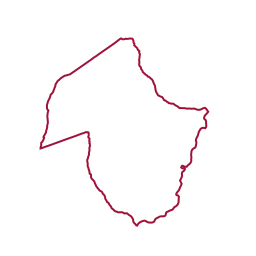 Ivinhema, Mato Grosso do Sul, Brazil, rotated 35°
{"feature_id": "56859067B50852199945067", "entity_name": "Ivinhema", "entity_type": "district", "adm_level": 2, "iso_a3": "BRA", "parent_name": "Brazil", "parent_adm1": "Mato Grosso do Sul", "projection": "equal_earth", "projection_center": [-53.771, -22.36], "detail": "fine", "context": "isolated", "style": "outline", "palette": "rose", "viewbox_px": 256, "rotation_deg": 35, "n_neighbors": 0, "source": "geoboundaries", "source_scale": "gbopen_adm2", "svg_char_len": 5112}
<svg xmlns="http://www.w3.org/2000/svg" viewBox="0 0 256 256"><g transform="rotate(35 128 128)"><path d="M75.0,56.1L74.1,57.2L73.3,58.1L72.4,58.5L70.9,58.6L70.2,60.1L69.7,61.9L68.8,64.8L67.9,67.5L65.3,74.6L62.7,81.6L61.4,85.3L60.8,87.1L60.1,88.7L57.4,96.4L57.0,97.5L54.9,103.2L52.3,110.3L49.8,117.0L49.1,118.1L48.3,119.0L47.3,120.3L46.3,121.3L45.6,122.7L44.9,124.6L44.5,125.5L44.2,126.6L44.1,127.8L43.7,128.7L43.4,130.4L43.6,132.2L43.6,133.9L44.3,135.0L44.6,136.1L44.9,137.7L45.3,138.7L45.5,140.0L46.0,141.4L46.0,142.5L45.8,143.8L45.6,145.3L46.2,146.8L46.5,147.7L46.8,149.5L47.0,150.8L47.2,152.3L47.8,153.6L48.2,155.1L49.1,156.7L50.0,157.8L50.8,158.8L51.8,159.1L52.8,159.4L53.2,160.8L53.8,162.2L54.5,163.3L54.9,164.2L55.8,165.5L56.8,166.4L57.4,167.3L58.2,168.2L59.2,169.4L59.7,170.5L60.2,171.7L60.8,173.1L61.6,174.0L62.0,175.4L62.4,176.7L62.8,177.7L63.4,178.8L63.5,180.2L63.7,181.6L63.7,182.7L64.0,184.0L64.9,184.1L65.3,185.5L65.6,187.3L65.7,188.4L65.4,189.9L66.3,191.2L67.1,192.5L67.5,194.0L68.1,194.9L68.7,194.1L69.3,193.3L70.2,192.0L70.8,191.1L71.6,190.1L74.3,186.3L76.7,182.9L78.1,180.9L83.7,172.9L85.4,170.5L89.2,165.2L91.1,162.4L92.6,160.2L93.5,158.9L94.2,158.1L95.9,155.5L96.8,155.2L97.5,154.4L98.5,154.5L99.5,155.8L100.2,156.9L100.6,158.2L101.4,158.5L102.4,158.7L103.0,159.4L103.6,160.8L104.6,161.3L104.9,162.5L105.8,162.9L106.4,163.7L107.2,164.5L107.4,165.5L107.9,166.6L108.6,167.6L109.5,168.6L110.0,170.4L111.2,172.0L111.8,173.7L112.1,174.9L112.6,176.0L112.9,177.6L114.0,178.9L115.2,180.0L116.0,181.1L116.7,182.3L118.1,183.2L119.1,184.0L119.9,184.7L120.9,185.4L121.8,186.2L122.4,187.1L123.2,187.5L124.2,187.3L125.1,188.2L125.9,189.5L126.8,190.1L128.0,190.5L129.4,190.7L130.2,190.9L131.3,191.2L132.2,192.0L133.1,192.6L133.9,192.9L134.8,193.6L135.7,194.0L136.9,194.4L137.6,194.7L138.5,194.8L139.9,195.3L141.0,195.5L142.0,195.3L142.9,195.3L143.7,195.4L144.5,195.9L145.2,196.4L146.0,196.3L147.2,196.7L148.2,197.2L149.0,197.9L150.0,199.0L150.9,199.4L151.7,199.7L152.7,200.2L153.5,200.7L154.5,200.5L155.6,200.7L156.5,201.4L157.9,201.8L158.9,202.0L159.7,202.5L160.6,203.1L161.6,203.1L162.9,203.2L164.4,203.6L165.8,203.4L166.9,202.9L167.8,202.9L168.9,202.3L170.1,201.4L170.9,200.8L171.8,200.3L172.7,200.1L173.8,200.2L174.9,199.4L175.9,198.5L177.0,198.5L178.5,198.7L180.0,198.6L181.4,198.6L182.5,199.0L183.6,199.5L184.8,200.1L185.8,201.4L187.0,202.1L188.0,202.4L189.0,202.4L189.9,202.8L190.7,203.0L191.5,202.7L191.3,201.5L191.4,200.1L191.8,198.4L192.5,197.2L193.1,196.2L193.9,195.2L194.7,194.4L195.5,194.1L196.3,194.0L197.1,194.0L198.0,193.9L199.0,193.6L200.0,193.0L201.1,192.3L202.0,191.6L203.0,190.2L203.0,188.8L202.7,187.6L202.8,186.4L203.8,184.3L204.3,183.4L204.8,182.4L205.6,181.5L207.0,180.5L208.0,179.7L208.7,178.8L208.7,177.7L208.4,176.7L207.9,175.9L207.9,174.8L208.4,173.9L209.1,172.7L209.6,171.7L210.3,170.7L211.3,169.4L211.3,168.0L211.4,166.2L212.0,164.9L212.4,163.8L212.6,162.2L212.4,161.1L212.1,160.0L211.4,158.9L210.9,158.0L210.2,157.0L209.6,156.0L209.0,155.0L207.7,154.6L206.3,155.1L205.4,154.6L205.1,153.0L205.3,151.1L205.4,149.4L204.9,147.9L204.6,146.3L204.5,144.9L203.9,142.9L200.8,141.2L200.2,137.5L199.8,136.2L199.2,135.5L198.3,134.6L197.8,133.2L198.0,132.0L198.4,131.0L198.4,129.5L197.9,128.7L197.1,128.7L196.4,129.4L195.5,129.9L194.2,129.8L193.9,128.3L194.5,127.5L195.5,127.4L196.4,127.3L198.3,126.1L198.4,124.4L198.8,123.1L199.1,121.8L199.2,120.7L198.9,118.9L198.1,117.9L197.5,117.0L196.9,115.9L195.9,114.7L194.7,113.2L194.1,111.9L193.4,110.8L193.0,109.3L193.3,107.5L194.2,105.7L194.1,104.3L193.5,103.0L193.0,101.8L192.4,100.8L191.8,100.0L191.0,99.6L190.4,98.7L190.0,97.4L189.8,96.2L189.7,95.1L189.5,94.0L189.1,92.8L188.7,91.8L188.3,90.7L188.1,89.1L188.0,87.8L188.1,86.7L188.7,85.4L190.1,84.3L191.4,83.9L191.4,82.2L190.8,81.2L190.1,80.3L189.4,79.5L188.7,78.6L188.0,77.6L187.0,76.9L185.6,76.9L184.6,76.2L184.1,75.1L183.9,74.1L184.0,72.6L184.3,70.4L184.4,68.7L183.3,68.3L182.0,67.8L180.9,67.4L179.7,67.3L178.9,67.8L178.3,68.6L177.8,69.6L177.0,71.0L176.4,71.8L175.7,72.4L174.5,73.1L173.2,73.6L172.0,73.8L170.9,74.2L170.0,75.0L169.0,75.8L167.9,76.4L167.1,76.8L166.1,77.7L164.2,78.8L162.7,79.4L161.7,80.2L161.0,80.6L159.9,81.4L158.6,82.2L157.0,81.9L156.1,81.9L155.2,82.0L153.9,82.2L152.8,82.2L152.0,82.1L150.9,82.2L150.0,82.9L148.9,83.5L148.0,83.7L147.2,84.3L145.9,84.0L144.8,84.2L143.9,84.1L142.9,84.0L142.2,84.4L141.3,84.4L140.4,83.9L139.6,83.5L138.4,83.1L137.3,83.4L136.4,83.6L135.6,83.7L134.8,83.8L134.0,84.0L133.2,83.6L132.3,83.2L131.1,82.7L129.6,81.8L128.4,80.6L127.2,79.4L126.5,78.6L125.5,77.7L124.0,77.0L122.0,75.6L121.2,75.0L119.8,74.5L118.4,74.4L117.2,74.2L116.2,74.1L115.4,74.2L114.6,74.5L113.6,74.1L112.5,74.2L111.5,74.1L109.9,73.9L108.8,73.8L107.9,73.6L106.9,72.8L106.0,72.5L104.9,72.1L104.1,71.4L103.4,70.8L102.1,70.6L101.3,70.2L100.5,69.3L99.9,68.1L99.1,66.9L98.2,66.2L97.5,64.6L96.7,63.2L96.0,61.8L95.3,60.6L93.8,59.8L93.2,58.5L92.4,58.3L91.5,58.4L90.6,57.9L89.9,57.4L89.0,57.1L87.6,57.0L86.6,56.8L85.7,56.7L84.9,55.3L83.7,54.9L83.0,54.2L82.3,53.4L81.4,52.8L80.4,52.4L79.6,52.8L78.7,53.2L77.2,54.6L76.1,55.6L75.0,56.1Z" fill="none" stroke="#9f1239" stroke-width="2"/></g></svg>